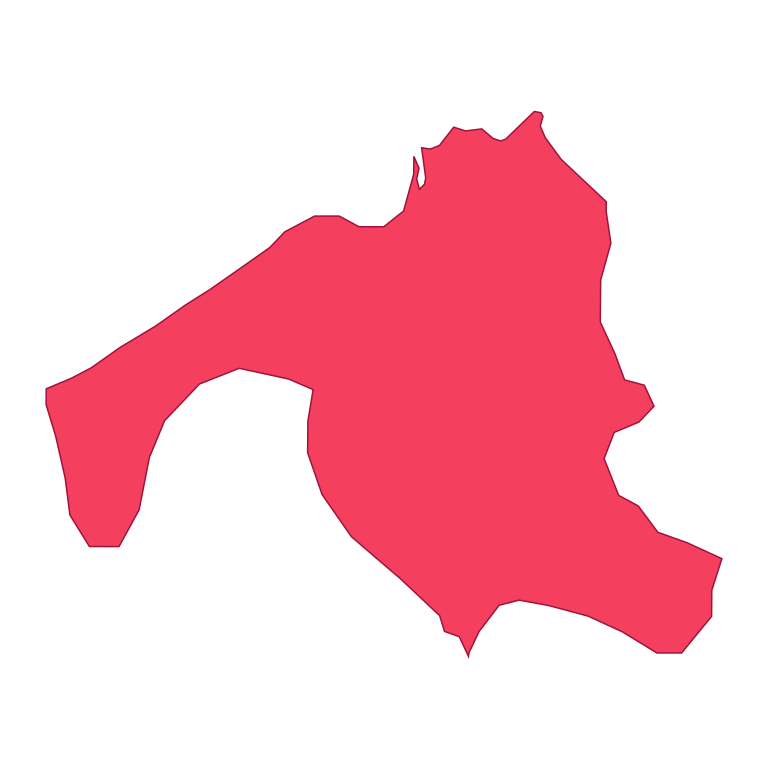 outline of Anbyon, Kangwŏn-do, North Korea
{"feature_id": "82179303B46901799029181", "entity_name": "Anbyon", "entity_type": "district", "adm_level": 2, "iso_a3": "PRK", "parent_name": "North Korea", "parent_adm1": "Kangwŏn-do", "projection": "mercator", "projection_center": [127.527, 39.017], "detail": "fine", "context": "isolated", "style": "filled", "palette": "rose", "viewbox_px": 768, "rotation_deg": 0, "n_neighbors": 0, "source": "geoboundaries", "source_scale": "gbopen_adm2", "svg_char_len": 1215}
<svg xmlns="http://www.w3.org/2000/svg" viewBox="0 0 768 768"><path d="M46.2,388.8L46.1,404.6L55.7,436.2L65.2,478.2L69.9,515.0L89.4,546.5L119.0,546.6L139.1,509.9L149.4,457.4L164.6,420.7L199.5,384.0L239.1,368.3L288.5,379.0L313.1,389.6L307.9,421.1L307.6,452.6L322.1,494.6L351.4,536.7L375.9,557.8L400.5,578.8L439.7,615.7L444.5,631.4L459.3,636.7L468.5,656.5L469.1,652.5L479.1,631.5L499.1,605.3L518.9,600.1L548.5,605.5L588.0,616.1L622.5,631.9L656.9,653.0L681.6,653.0L711.6,616.4L711.8,590.2L721.9,558.7L687.5,542.9L657.9,532.3L638.3,506.0L618.7,495.4L604.1,458.6L614.2,432.4L639.0,422.0L654.0,406.2L644.3,385.2L624.6,379.9L614.9,353.6L600.3,322.0L600.5,301.0L600.7,279.9L610.9,243.2L606.2,211.6L606.3,201.8L561.2,159.4L545.2,137.6L540.3,126.1L543.0,116.4L540.9,112.7L534.3,111.5L505.4,139.4L500.4,140.9L493.0,138.4L481.8,128.9L465.6,130.9L453.7,127.2L440.2,144.5L439.6,145.4L430.5,149.0L421.6,147.8L425.7,177.9L424.5,184.2L419.4,189.3L416.7,178.9L419.0,168.3L413.9,156.4L413.7,174.2L403.6,211.0L383.7,226.8L358.9,226.7L339.3,216.1L314.5,216.1L284.8,231.8L269.8,247.5L240.0,268.5L210.1,289.4L185.3,305.1L155.5,326.1L120.7,347.0L90.9,368.0L71.0,378.4L46.2,388.8Z" fill="#f43f5e" stroke="#9f1239" stroke-width="1.5"/></svg>